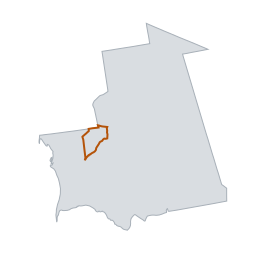 location of Atar, Adrar, Mauritania, rotated 352°
{"feature_id": "47542326B12791497255333", "entity_name": "Atar", "entity_type": "district", "adm_level": 2, "iso_a3": "MRT", "parent_name": "Mauritania", "parent_adm1": "Adrar", "projection": "albers", "projection_center": [-13.574, 20.45], "detail": "fine", "context": "in_parent", "style": "outline", "palette": "amber", "viewbox_px": 256, "rotation_deg": 352, "n_neighbors": 0, "source": "geoboundaries", "source_scale": "gbopen_adm2", "svg_char_len": 4034}
<svg xmlns="http://www.w3.org/2000/svg" viewBox="0 0 256 256"><g transform="rotate(352 128 128)"><path d="M110.5,228.1L110.1,228.0L108.5,226.8L107.7,225.5L106.3,224.4L104.5,223.8L103.3,223.0L102.8,222.1L102.1,221.5L101.4,221.2L101.4,220.9L101.5,220.4L101.3,219.6L100.3,217.8L99.3,217.0L98.4,217.1L98.0,216.9L97.7,216.5L97.6,215.9L97.0,215.4L96.0,215.2L95.2,213.9L94.6,211.4L93.8,209.5L92.8,208.1L92.1,207.6L91.6,207.5L91.4,207.3L91.3,206.9L90.6,206.8L89.5,207.2L88.6,207.1L88.1,206.4L87.4,206.3L86.6,206.9L85.7,206.7L84.7,205.8L84.2,205.0L84.1,204.1L82.4,202.4L79.1,199.8L75.5,198.5L71.6,198.7L69.4,198.5L68.9,198.1L68.4,198.1L67.9,198.6L67.4,198.7L66.9,198.4L66.5,198.6L66.4,199.3L65.0,199.6L62.4,199.6L60.3,200.0L58.7,200.8L56.4,201.1L53.4,200.9L51.7,200.6L51.1,200.1L50.2,200.0L49.1,200.2L48.1,201.5L47.2,203.8L46.5,205.1L45.9,205.4L45.3,207.1L44.9,210.0L44.3,211.3L44.5,204.1L45.3,201.4L45.7,199.0L47.6,193.9L49.8,189.6L51.8,184.0L52.7,178.5L52.5,173.1L52.0,168.3L51.0,165.1L50.1,160.5L48.8,158.1L46.2,155.9L45.7,154.7L46.3,154.3L47.9,154.0L48.9,152.3L46.8,152.9L49.3,147.9L50.1,144.5L50.0,142.2L50.5,140.9L48.7,137.8L47.3,134.0L46.6,133.4L45.8,133.0L45.7,133.9L45.3,134.7L44.4,134.2L42.9,131.4L40.7,126.9L40.0,126.4L39.3,127.0L38.9,127.6L38.1,131.3L37.9,129.8L38.2,128.1L38.8,125.9L39.5,122.9L41.4,123.0L44.9,123.0L51.7,123.2L55.2,123.2L62.0,123.3L65.5,123.3L72.3,123.4L75.8,123.4L82.6,123.4L86.1,123.4L92.9,123.4L96.4,123.4L98.6,123.4L98.5,121.2L98.4,119.6L98.2,117.3L98.1,115.0L97.9,112.7L97.8,110.6L97.6,108.5L97.5,106.5L97.4,104.7L97.2,103.7L96.5,101.6L96.3,100.6L96.5,99.5L97.0,98.5L98.3,96.6L100.3,95.2L102.6,93.5L104.4,92.2L105.3,91.9L108.0,91.5L110.2,90.5L112.3,89.5L113.2,89.0L113.3,87.3L112.9,48.5L123.2,48.4L125.9,48.3L144.8,48.0L147.5,47.9L161.3,47.5L161.2,45.7L161.2,43.1L161.1,39.5L160.9,35.9L160.7,29.6L160.7,26.9L163.4,28.6L169.0,32.0L171.7,33.6L177.3,37.0L182.9,40.3L188.4,43.6L191.2,45.3L194.0,46.9L196.9,48.6L199.7,50.2L205.3,53.5L207.7,54.9L211.3,57.1L214.7,59.1L218.1,61.2L213.0,61.5L206.2,61.8L201.5,62.0L196.8,62.3L192.3,62.4L192.8,66.1L193.4,70.0L194.0,74.0L194.6,78.0L195.2,81.9L197.0,93.9L197.6,97.8L198.2,101.8L198.8,105.8L199.4,109.8L200.6,117.7L201.2,121.7L201.8,125.6L202.4,129.6L203.0,133.6L203.6,137.6L204.8,145.5L205.5,149.5L206.1,153.5L206.7,157.4L207.3,161.4L207.9,165.4L208.6,169.4L209.2,173.3L210.4,181.3L211.1,185.2L211.7,189.2L212.3,193.2L212.9,197.0L214.9,198.9L217.3,201.4L216.8,205.0L216.2,209.3L215.6,214.1L209.1,214.4L202.8,214.7L186.9,215.3L183.8,215.4L167.9,216.0L164.8,216.1L158.6,216.2L156.8,216.2L156.2,215.8L155.9,213.4L155.3,213.6L154.7,214.3L154.4,215.1L154.5,216.1L154.4,217.0L152.4,217.3L149.7,218.0L146.8,218.5L143.9,218.4L142.9,218.2L141.8,217.9L139.5,217.6L138.2,217.6L136.7,217.7L135.0,217.9L134.5,218.4L133.2,220.2L132.0,222.4L131.2,222.4L130.2,221.2L127.7,219.1L124.6,216.3L123.2,214.9L122.4,214.7L121.0,215.7L119.8,216.7L118.5,218.1L117.9,219.5L117.5,221.0L117.3,222.9L116.8,225.0L115.8,226.8L114.5,228.1L113.6,228.7L113.2,229.1L110.5,228.1ZM47.9,149.2L46.9,150.7L46.5,150.1L46.3,149.1L47.2,147.7L47.6,146.9L48.4,146.6L47.9,149.2Z" fill="#d9dde1" stroke="#a8b0b8" stroke-width="1"/><path d="M80.7,154.0L81.1,153.4L81.3,153.3L81.5,153.1L81.7,152.6L81.9,152.5L82.5,151.8L82.8,151.4L83.2,151.1L83.3,150.9L83.5,150.8L83.8,150.7L84.0,150.5L84.2,150.2L84.6,150.0L84.7,149.9L84.8,149.8L84.9,149.7L85.0,149.7L85.3,149.7L85.4,149.4L85.5,149.4L86.5,148.9L87.0,148.7L87.2,148.8L87.3,148.7L87.5,148.5L88.9,147.8L89.1,147.7L90.7,147.2L92.1,146.4L92.7,145.7L93.2,145.2L93.7,143.5L94.3,142.8L94.4,142.6L96.0,140.8L96.8,139.9L97.4,139.1L97.9,138.3L98.6,137.8L100.7,137.1L101.6,136.0L103.0,135.2L104.5,135.6L105.4,135.5L106.0,135.4L106.3,134.0L106.8,131.5L106.6,129.3L107.0,127.9L107.0,126.8L107.0,125.3L107.6,124.1L102.5,122.8L98.6,121.2L98.9,123.4L96.4,123.4L92.7,123.3L89.1,123.4L88.9,123.4L88.8,124.8L88.8,125.3L88.7,125.6L86.8,126.8L85.8,127.6L85.4,127.8L82.0,130.0L81.6,130.4L82.1,133.4L81.8,145.2L81.7,151.5L80.7,154.0Z" fill="none" stroke="#b45309" stroke-width="2"/></g></svg>